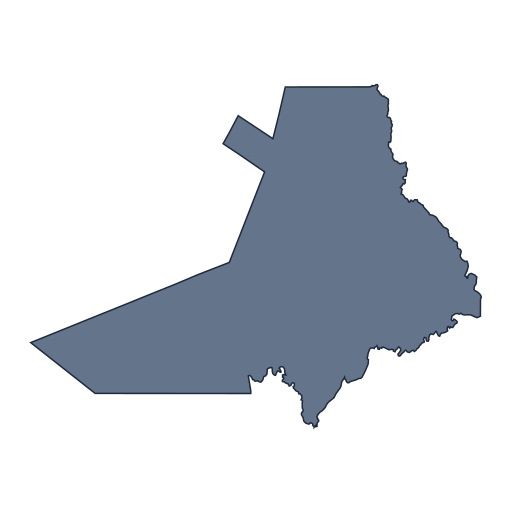 Kinango, Coast, Kenya (Robinson projection)
{"feature_id": "3690345B23512246754033", "entity_name": "Kinango", "entity_type": "district", "adm_level": 2, "iso_a3": "KEN", "parent_name": "Kenya", "parent_adm1": "Coast", "projection": "robinson", "projection_center": [39.255, -3.945], "detail": "fine", "context": "isolated", "style": "filled", "palette": "slate", "viewbox_px": 512, "rotation_deg": 0, "n_neighbors": 0, "source": "geoboundaries", "source_scale": "gbopen_adm2", "svg_char_len": 6105}
<svg xmlns="http://www.w3.org/2000/svg" viewBox="0 0 512 512"><path d="M476.8,276.8L476.1,276.5L475.4,275.5L474.8,275.0L471.3,273.4L469.0,274.3L468.2,275.7L467.3,276.7L467.8,277.3L467.8,277.8L467.2,278.3L466.8,278.1L466.6,277.5L467.0,276.7L465.1,276.1L464.8,275.3L465.0,274.8L465.8,273.8L466.4,271.8L467.4,270.4L467.4,269.0L467.9,268.0L468.3,265.8L467.4,262.0L467.0,261.2L465.1,261.5L462.6,259.8L461.7,259.1L460.5,257.1L460.1,255.7L460.9,253.1L461.2,251.2L460.1,249.3L458.2,248.7L457.7,248.3L457.6,246.4L457.1,245.5L457.4,243.4L457.0,242.4L455.9,241.4L454.3,241.1L451.6,237.8L449.9,237.6L449.1,236.6L448.6,233.2L448.0,232.0L448.2,230.2L447.9,229.6L446.2,228.2L443.5,227.0L440.7,223.2L439.1,221.8L436.9,218.1L436.0,217.1L433.0,215.3L429.6,214.6L428.9,212.9L423.5,207.0L423.2,205.5L422.9,205.1L421.2,204.4L419.7,203.0L418.1,202.2L417.7,201.6L417.3,199.8L414.6,199.7L413.2,201.5L412.4,201.4L411.7,200.3L410.9,200.1L410.4,200.5L410.0,201.9L409.0,202.1L408.6,201.8L408.1,200.2L407.1,198.8L405.4,198.3L402.8,194.7L401.1,194.0L401.1,193.6L401.6,192.7L401.6,191.0L402.2,189.3L400.3,187.5L402.5,185.0L402.8,184.0L403.2,183.7L404.5,183.9L405.3,182.6L405.2,180.8L405.4,179.9L405.2,179.5L404.3,179.7L403.3,179.2L402.8,177.6L403.7,176.6L405.8,176.3L406.1,176.0L406.4,175.5L406.3,173.9L406.6,173.2L406.5,172.6L407.5,169.6L407.3,168.6L406.4,167.3L406.0,165.7L406.2,163.2L405.7,162.2L405.2,162.2L402.3,163.5L401.4,163.2L400.7,163.8L399.8,163.8L398.9,163.1L398.1,162.9L397.8,162.2L397.3,161.6L394.5,160.7L392.8,158.3L392.5,156.0L393.0,155.2L392.7,153.5L392.1,153.0L391.1,151.1L390.7,150.2L391.0,149.2L389.1,147.7L388.4,145.8L388.4,144.8L388.7,143.8L388.5,142.8L388.6,142.3L389.2,141.8L389.8,142.2L390.3,142.1L390.6,141.8L390.9,140.8L391.1,136.5L390.8,133.8L391.7,131.5L391.2,127.9L391.9,126.7L392.3,124.8L391.2,122.6L391.6,121.8L391.5,121.2L390.7,120.0L390.6,118.9L390.2,118.1L389.3,117.4L388.7,117.6L387.9,117.3L387.0,116.4L387.0,115.5L387.6,114.8L387.9,111.6L388.2,111.3L388.5,110.1L387.9,105.0L388.5,103.9L388.3,102.5L388.5,100.0L387.8,98.6L387.0,98.5L386.3,97.7L384.3,96.7L383.9,96.0L382.8,96.3L381.5,95.5L381.0,94.4L379.7,93.7L379.5,92.7L378.5,91.1L377.5,90.3L377.0,89.4L377.3,87.7L377.9,86.5L377.9,85.6L377.5,84.8L376.2,84.6L374.5,85.7L372.7,85.8L372.1,85.5L371.7,86.1L370.6,86.8L367.9,86.9L285.3,87.0L278.9,114.7L272.9,138.7L238.2,115.7L229.5,132.2L223.1,143.7L239.8,154.8L264.6,171.9L229.3,262.4L197.3,274.9L178.7,282.8L30.7,342.6L95.1,393.4L250.8,393.5L250.8,390.9L248.3,375.8L249.1,375.5L250.3,375.7L251.9,377.8L252.6,379.6L253.3,379.5L254.4,380.4L254.5,380.9L255.3,381.2L257.5,380.8L259.2,381.7L260.6,382.2L261.6,381.6L262.8,379.9L263.6,377.1L264.1,376.3L265.0,376.2L265.7,375.7L267.0,374.0L266.8,372.6L267.1,372.3L267.3,371.2L267.0,369.7L267.8,368.7L268.9,368.0L270.3,367.8L270.9,367.3L271.7,367.6L272.0,367.8L272.2,369.0L272.3,371.4L272.8,373.5L273.9,374.7L274.8,375.3L275.5,375.3L277.4,371.0L279.4,371.4L279.8,371.6L280.0,372.2L280.9,372.2L281.0,371.4L280.6,370.4L279.2,368.2L279.6,368.0L279.5,367.6L279.9,367.2L281.1,366.7L282.3,366.7L283.0,367.0L284.3,368.5L284.8,371.2L284.8,372.9L285.7,374.2L285.9,375.0L283.7,374.6L283.1,374.7L282.5,375.1L282.7,375.4L282.5,377.1L282.8,377.3L283.2,377.1L283.8,378.5L282.5,380.1L282.3,381.1L282.5,381.6L284.5,381.9L285.2,382.8L287.5,383.7L287.8,383.5L289.0,385.5L289.0,385.9L289.4,386.0L290.9,385.4L291.7,383.5L292.4,382.9L292.8,382.8L294.0,383.1L294.4,383.9L294.3,385.6L293.7,386.5L293.2,386.6L293.1,386.9L293.6,388.2L295.9,390.8L298.4,391.9L298.7,392.8L298.6,393.2L298.7,393.7L299.0,393.9L300.1,393.9L301.8,395.9L301.9,398.3L301.0,399.8L302.0,400.2L302.5,400.9L302.2,403.2L302.3,407.8L302.4,408.5L303.0,409.4L303.2,410.4L302.5,412.1L301.7,412.5L301.3,414.2L303.2,418.0L303.7,420.8L304.3,421.8L306.0,423.3L309.0,424.1L309.7,423.6L310.4,422.6L312.4,423.6L312.7,423.8L312.8,425.3L313.3,426.1L314.1,426.5L314.1,427.4L315.5,425.7L315.7,426.7L317.1,426.4L317.2,426.0L316.5,425.2L317.2,424.1L317.1,423.3L317.4,422.6L318.7,421.2L318.7,420.2L317.6,419.2L317.4,418.7L317.7,418.2L317.2,417.6L316.9,416.5L317.6,415.6L317.5,414.5L318.4,414.0L320.2,412.0L322.5,410.5L323.7,409.0L324.2,408.8L325.7,406.7L326.1,405.3L328.4,402.2L334.0,397.7L335.9,393.8L340.1,388.0L341.1,385.7L341.7,381.8L343.6,379.2L344.6,377.2L345.0,379.1L346.1,380.3L346.4,381.6L347.5,382.7L347.9,382.8L349.1,382.6L350.0,381.8L351.2,381.3L356.5,379.7L358.5,378.6L360.7,378.4L362.2,377.0L365.5,370.4L367.9,364.7L368.3,362.8L368.4,359.5L367.3,358.9L367.2,358.4L367.4,357.6L367.2,357.0L367.8,356.1L367.9,354.1L368.8,351.3L369.2,350.7L369.5,349.4L370.6,348.1L372.3,347.9L374.2,348.5L374.7,347.2L376.4,346.6L376.9,345.7L377.9,347.4L377.7,348.3L377.8,348.9L378.7,349.4L379.4,349.3L379.6,348.2L380.0,348.0L380.8,347.9L381.7,348.2L382.0,348.0L382.0,347.4L382.8,347.1L384.8,347.7L388.9,349.8L389.3,349.9L390.5,349.4L393.1,349.5L393.4,349.8L393.4,351.1L395.0,351.8L396.1,349.7L397.3,348.8L398.5,347.0L399.6,347.5L400.5,348.9L400.7,350.4L397.9,354.3L398.4,355.8L399.5,356.1L400.6,355.5L401.3,354.2L403.7,352.1L405.0,350.5L406.3,350.5L407.2,351.9L409.4,352.5L411.8,350.7L413.2,350.3L414.3,351.5L415.8,350.5L417.1,348.7L418.8,347.5L419.3,346.0L420.7,344.7L421.5,343.5L422.5,342.7L424.0,342.4L424.3,341.4L423.5,339.4L424.4,337.4L425.9,337.8L426.2,339.8L426.7,341.1L428.3,341.1L428.9,339.7L428.7,338.0L429.2,336.2L429.8,334.9L430.7,333.9L433.3,334.5L435.8,331.5L436.2,331.4L438.5,335.8L439.7,336.2L440.3,334.6L441.4,333.2L445.1,332.4L447.5,331.0L447.7,330.7L447.2,329.1L447.5,327.1L447.8,326.7L448.7,326.5L449.1,327.6L449.6,328.2L450.3,327.7L450.7,326.9L451.3,327.3L452.8,327.5L454.6,324.5L455.8,323.6L456.6,323.4L457.2,322.3L457.2,321.8L456.7,321.1L454.6,319.3L453.7,319.2L453.4,320.4L452.6,320.9L451.9,320.5L451.3,319.4L451.9,317.1L451.8,316.2L455.3,313.7L457.6,313.5L458.4,314.0L459.6,314.1L460.5,313.2L462.9,314.7L465.1,314.9L470.4,314.8L476.7,317.6L477.6,317.5L480.4,316.2L480.5,299.7L480.6,298.8L481.3,297.5L481.2,296.7L480.7,295.4L479.7,293.9L477.5,292.0L474.7,290.5L474.0,289.6L474.3,287.0L474.7,285.7L475.7,284.7L476.1,283.6L476.4,282.1L476.3,280.5L476.8,276.8Z" fill="#64748b" stroke="#1e293b" stroke-width="1.5"/></svg>